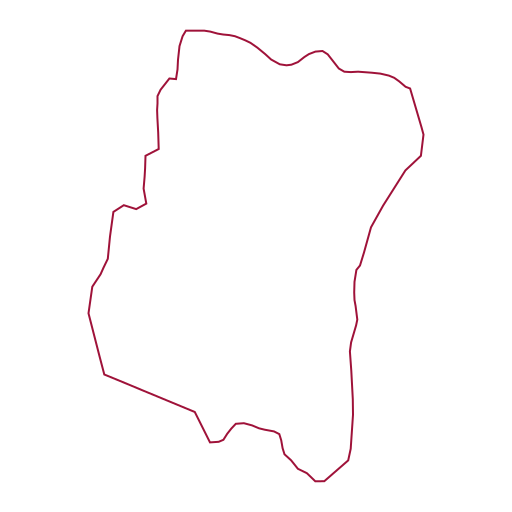 Ladário, Mato Grosso do Sul, Brazil (Equal Earth projection)
{"feature_id": "56859067B96072834593771", "entity_name": "Ladário", "entity_type": "district", "adm_level": 2, "iso_a3": "BRA", "parent_name": "Brazil", "parent_adm1": "Mato Grosso do Sul", "projection": "equal_earth", "projection_center": [-57.566, -19.109], "detail": "fine", "context": "isolated", "style": "outline", "palette": "rose", "viewbox_px": 512, "rotation_deg": 0, "n_neighbors": 0, "source": "geoboundaries", "source_scale": "gbopen_adm2", "svg_char_len": 1411}
<svg xmlns="http://www.w3.org/2000/svg" viewBox="0 0 512 512"><path d="M177.5,69.5L176.0,79.1L169.4,78.5L160.6,89.7L157.5,96.1L157.5,103.5L157.1,110.0L157.4,118.2L158.2,132.7L158.7,149.0L145.5,155.8L145.1,168.3L144.6,176.9L143.6,188.6L146.3,203.6L136.2,209.1L123.8,205.2L113.4,211.9L110.0,236.5L107.8,258.8L103.5,267.7L100.6,274.2L92.3,286.7L88.5,313.3L99.5,356.2L104.3,374.5L127.6,384.1L142.2,390.2L194.8,412.0L210.0,442.4L218.7,441.8L223.4,439.8L227.2,433.8L231.3,428.6L235.8,423.8L243.9,423.2L252.1,425.4L259.0,428.3L264.7,429.7L274.0,431.4L279.3,434.1L281.2,440.2L282.6,448.2L284.5,454.3L291.1,460.3L297.9,468.8L306.9,473.2L315.3,481.3L324.3,481.2L348.2,460.4L350.7,448.8L353.0,414.8L352.8,399.2L351.3,370.9L349.9,351.4L351.1,342.4L356.1,325.4L357.3,319.6L355.6,306.1L354.5,300.1L354.2,292.4L354.5,281.8L356.4,269.9L360.0,265.5L364.0,252.5L371.0,227.3L383.1,205.6L405.4,170.4L420.9,155.8L423.5,134.6L421.6,127.6L410.1,88.5L405.6,86.8L399.1,81.3L394.2,77.8L388.9,75.6L380.3,73.6L371.6,72.7L358.1,71.7L350.7,72.1L344.3,71.7L338.8,68.5L332.8,60.8L327.7,54.3L322.5,51.0L315.4,51.6L308.9,54.1L304.4,57.0L297.9,62.1L291.4,64.7L286.5,65.3L279.8,64.3L271.1,59.5L265.2,54.1L257.3,47.6L250.4,42.8L245.2,40.3L239.9,38.1L234.9,36.2L229.4,35.1L223.1,34.5L217.6,33.6L210.3,31.6L204.5,30.7L196.7,30.7L192.3,30.7L185.9,30.7L182.6,36.2L179.5,46.1L178.0,59.8L177.5,69.5Z" fill="none" stroke="#9f1239" stroke-width="2"/></svg>